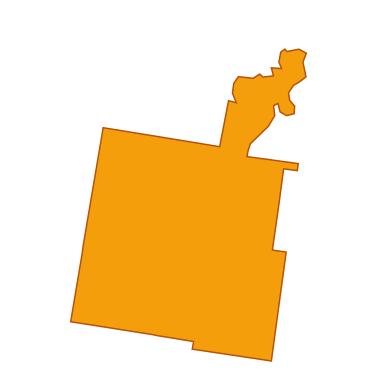 Jefferson, Arkansas, United States of America, rotated 278°
{"feature_id": "52423323B11311228308505", "entity_name": "Jefferson", "entity_type": "district", "adm_level": 2, "iso_a3": "USA", "parent_name": "United States of America", "parent_adm1": "Arkansas", "projection": "albers", "projection_center": [-91.753, 34.278], "detail": "fine", "context": "isolated", "style": "filled", "palette": "amber", "viewbox_px": 384, "rotation_deg": 278, "n_neighbors": 0, "source": "geoboundaries", "source_scale": "gbopen_adm2", "svg_char_len": 874}
<svg xmlns="http://www.w3.org/2000/svg" viewBox="0 0 384 384"><g transform="rotate(278 192 192)"><path d="M35.7,294.1L100.0,293.8L132.0,293.7L145.6,293.6L145.7,279.7L150.1,279.7L186.6,279.8L227.7,279.5L227.8,293.3L234.9,293.2L234.7,241.5L240.6,241.8L247.9,243.1L267.9,258.6L279.1,263.3L288.8,260.8L291.6,264.7L283.6,268.1L280.8,275.1L283.8,282.3L291.3,281.7L296.5,275.9L303.6,273.8L311.6,277.6L315.5,282.5L321.9,288.9L335.9,283.8L345.4,285.9L348.3,278.0L344.3,266.4L346.4,264.1L342.8,260.4L332.6,260.0L326.7,263.6L326.0,253.3L318.3,256.5L315.7,246.3L318.2,242.7L313.1,236.7L312.7,221.9L305.3,218.2L295.5,218.3L286.6,223.4L287.5,215.5L240.7,213.1L241.5,178.1L243.3,95.1L137.8,92.1L122.3,91.7L116.2,91.8L71.8,90.6L46.6,89.9L46.0,131.2L45.8,140.2L45.3,172.8L44.9,178.3L44.8,186.7L44.1,214.4L36.4,214.1L35.7,294.1Z" fill="#f59e0b" stroke="#b45309" stroke-width="1.5"/></g></svg>